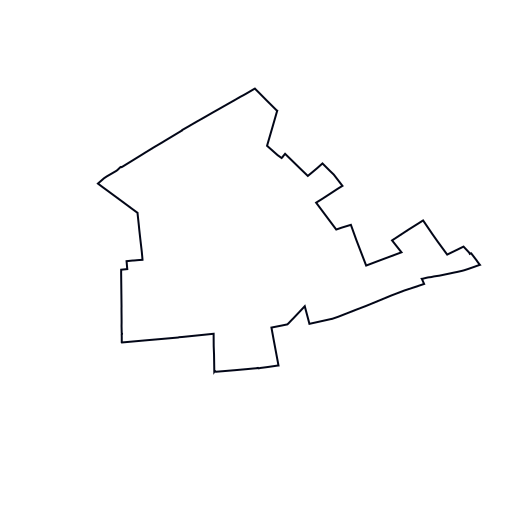 Dudesti, Braila, Romania, rotated 46°
{"feature_id": "2599482B13678396959351", "entity_name": "Dudesti", "entity_type": "district", "adm_level": 2, "iso_a3": "ROU", "parent_name": "Romania", "parent_adm1": "Braila", "projection": "albers", "projection_center": [27.465, 44.874], "detail": "fine", "context": "isolated", "style": "outline", "palette": "ink", "viewbox_px": 512, "rotation_deg": 46, "n_neighbors": 0, "source": "geoboundaries", "source_scale": "gbopen_adm2", "svg_char_len": 2813}
<svg xmlns="http://www.w3.org/2000/svg" viewBox="0 0 512 512"><g transform="rotate(46 256 256)"><path d="M326.8,274.3L326.8,272.9L326.2,260.1L326.0,255.8L328.3,257.1L338.0,262.5L341.9,264.7L350.6,250.5L353.9,245.1L354.0,245.1L356.8,239.1L359.0,233.8L363.8,222.2L368.5,211.2L378.4,186.1L383.9,173.2L384.1,172.8L390.2,160.2L390.4,159.7L392.9,154.5L388.3,152.8L387.6,152.6L388.2,151.8L390.2,148.3L391.0,147.0L392.8,144.7L394.3,142.2L396.1,139.7L397.5,137.8L398.7,135.9L401.2,131.9L403.6,128.1L404.7,126.3L405.9,124.4L407.2,122.4L409.8,118.1L410.9,116.1L412.6,112.6L415.7,105.9L416.3,104.5L417.7,101.5L417.9,101.1L416.7,101.0L413.0,100.5L412.7,100.4L404.0,99.4L403.4,99.4L403.1,100.3L403.0,100.7L401.7,100.3L393.4,100.2L387.8,117.5L380.5,116.5L373.2,115.5L372.4,115.4L371.7,115.3L362.7,113.9L346.5,111.1L346.4,111.5L345.2,117.4L343.0,127.8L339.5,146.2L339.3,147.3L354.4,148.8L347.2,165.3L344.2,172.2L339.4,183.4L314.4,172.8L312.6,172.0L302.4,167.4L299.5,166.1L295.1,174.7L292.7,179.9L279.1,178.2L259.4,175.7L260.7,169.7L262.0,163.1L263.1,157.4L264.2,151.5L264.7,149.1L265.6,145.1L251.4,143.5L246.3,143.7L235.6,143.9L235.3,151.0L234.9,156.8L234.4,163.1L223.2,163.5L202.7,164.1L203.1,167.5L203.3,168.1L203.3,168.6L203.2,168.8L203.3,169.5L198.5,170.4L184.4,171.5L175.3,155.6L169.2,145.0L168.8,144.3L167.8,142.6L166.5,140.3L166.2,139.8L165.8,140.0L164.7,140.0L151.0,140.3L140.9,140.4L136.4,140.5L134.8,140.5L134.7,140.8L134.4,142.0L132.3,150.7L131.5,153.7L130.6,156.7L129.1,162.8L127.5,169.0L125.9,175.2L124.4,181.1L122.8,187.2L121.0,194.4L118.2,205.2L116.6,211.6L116.0,214.2L114.1,221.6L114.3,221.9L112.5,229.9L109.6,242.4L109.6,242.6L107.1,253.0L106.7,254.7L104.6,264.2L104.0,267.1L102.8,272.6L101.6,278.1L99.1,289.5L98.7,291.0L98.4,291.1L98.1,291.3L98.0,291.5L97.9,291.8L97.9,293.2L97.9,296.1L97.7,297.5L97.6,297.9L95.1,308.0L94.5,311.3L94.1,319.2L94.1,319.4L100.4,318.4L106.1,317.4L109.1,316.9L126.8,313.9L134.7,312.6L141.7,311.4L142.6,311.2L143.7,312.1L152.7,319.1L155.6,321.4L163.5,327.5L173.6,335.2L179.7,340.1L179.9,340.3L177.1,343.6L174.8,346.5L173.4,348.1L169.8,352.7L171.3,353.9L174.6,356.6L176.0,357.7L172.2,362.5L174.2,364.5L198.9,387.8L200.4,389.3L208.3,396.8L210.6,399.0L212.9,401.3L218.0,406.0L218.3,406.1L218.6,406.2L218.9,406.4L219.1,406.7L219.0,407.0L221.4,409.2L224.9,412.6L225.0,412.6L240.8,393.0L252.0,379.2L260.5,368.7L261.1,367.6L263.1,365.2L276.0,348.8L282.5,340.5L291.3,348.9L297.8,354.7L310.3,366.4L310.2,365.9L310.3,365.6L310.4,365.4L310.5,365.3L311.0,365.3L311.4,365.3L323.4,350.6L331.3,340.8L335.2,335.9L337.6,333.0L337.5,332.8L338.0,332.2L338.7,332.1L339.6,330.6L342.6,326.6L344.5,324.0L346.8,320.8L348.1,319.0L349.5,317.0L350.4,315.9L327.5,300.8L321.2,296.6L318.2,294.6L323.9,285.8L325.1,283.9L327.0,280.9L327.0,279.1L326.8,274.3Z" fill="none" stroke="#020617" stroke-width="2"/></g></svg>